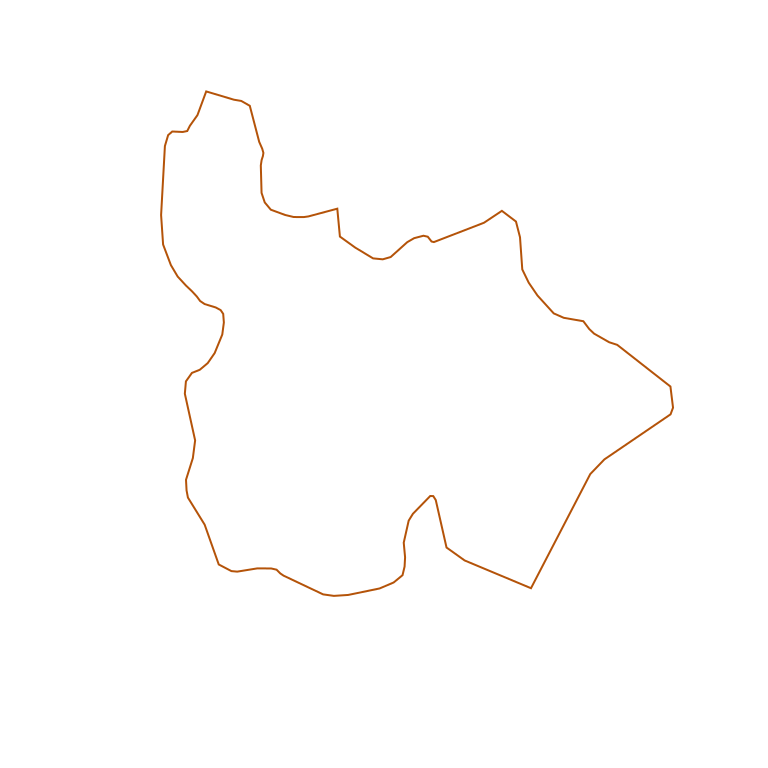 an SVG outline of Glarus, rotated 108°
{"feature_id": "CHE-169", "entity_name": "Glarus", "entity_type": "Canton", "adm_level": 1, "iso_a3": "CHE", "parent_name": "Switzerland", "parent_adm1": "", "projection": "robinson", "projection_center": [9.033, 46.988], "detail": "fine", "context": "isolated", "style": "outline", "palette": "amber", "viewbox_px": 768, "rotation_deg": 108, "n_neighbors": 0, "source": "natural_earth", "source_scale": "10m", "svg_char_len": 1450}
<svg xmlns="http://www.w3.org/2000/svg" viewBox="0 0 768 768"><g transform="rotate(108 384 384)"><path d="M231.7,482.6L257.4,471.5L263.2,453.4L267.9,433.2L265.8,423.7L261.2,416.9L241.9,405.7L236.0,400.4L230.8,392.3L230.4,387.9L233.8,382.8L233.6,380.4L199.7,338.7L182.9,325.4L188.7,308.7L202.4,300.0L232.3,287.9L242.9,277.7L252.4,265.4L264.4,244.4L265.5,233.5L262.7,213.8L268.3,205.8L271.2,199.7L274.7,182.8L274.7,174.3L297.9,110.8L317.2,101.8L324.3,102.1L387.6,151.1L405.9,160.0L532.8,181.1L526.9,252.8L520.2,274.0L478.4,298.9L475.4,302.5L476.2,305.4L498.5,316.4L506.3,318.3L528.8,316.2L542.3,310.4L551.3,308.0L560.1,307.3L569.8,313.5L579.8,325.0L595.7,352.9L601.0,366.2L602.9,376.9L597.3,420.3L596.2,424.1L593.8,428.8L594.3,434.3L598.5,447.5L607.8,465.6L609.1,471.3L606.7,485.4L573.2,511.1L552.6,535.4L546.2,538.9L536.3,542.7L513.5,542.9L496.0,546.2L454.8,570.4L442.7,573.2L432.8,570.1L427.4,563.6L418.6,558.1L406.9,554.6L386.9,553.1L375.0,555.3L367.0,558.6L364.2,562.2L363.2,567.7L363.4,579.3L361.9,584.5L358.6,589.1L355.2,595.2L351.6,602.7L345.6,613.4L336.8,623.4L319.6,637.2L292.2,648.2L225.4,665.9L214.0,666.2L209.3,663.4L206.5,653.3L204.2,649.3L198.4,648.4L185.9,644.5L160.7,643.5L160.0,614.6L158.9,607.2L160.9,597.6L192.3,577.5L197.9,572.5L201.5,570.1L204.7,569.6L208.8,569.6L214.2,568.7L240.1,559.5L248.2,553.5L253.2,545.5L253.8,530.3L253.1,521.5L250.1,512.0L248.0,507.7L231.7,482.6Z" fill="none" stroke="#b45309" stroke-width="2"/></g></svg>